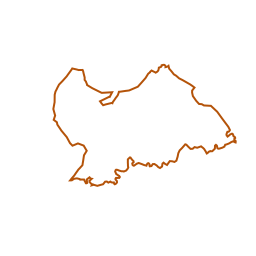 the district of Firestone, Margibi, Liberia, rotated 49°
{"feature_id": "62588387B74380915330894", "entity_name": "Firestone", "entity_type": "district", "adm_level": 2, "iso_a3": "LBR", "parent_name": "Liberia", "parent_adm1": "Margibi", "projection": "mercator", "projection_center": [-10.331, 6.374], "detail": "fine", "context": "isolated", "style": "outline", "palette": "amber", "viewbox_px": 256, "rotation_deg": 49, "n_neighbors": 0, "source": "geoboundaries", "source_scale": "gbopen_adm2", "svg_char_len": 4591}
<svg xmlns="http://www.w3.org/2000/svg" viewBox="0 0 256 256"><g transform="rotate(49 128 128)"><path d="M46.5,131.0L47.0,132.7L48.3,138.4L48.8,140.4L49.6,146.8L49.8,149.3L50.0,151.6L50.8,153.6L51.2,154.7L52.1,156.7L52.9,158.8L54.8,161.5L60.4,166.5L61.5,167.9L64.7,171.9L70.1,174.5L70.8,174.8L72.2,177.2L72.4,177.5L73.1,178.7L77.0,177.9L79.1,179.1L84.1,179.7L86.2,180.0L86.5,180.0L94.7,180.2L101.4,181.7L104.4,181.5L104.9,181.5L105.4,180.1L106.8,175.9L112.2,173.0L118.1,174.1L118.8,176.2L119.7,179.1L123.7,183.8L124.9,185.3L125.7,186.2L125.8,186.3L126.2,186.9L126.3,187.7L126.3,188.0L126.4,188.7L126.7,191.2L126.8,192.7L127.3,194.6L127.7,196.4L128.6,199.8L129.2,204.1L129.5,205.4L129.6,206.0L130.6,204.8L131.0,201.9L132.5,199.6L133.2,199.1L134.9,197.9L135.5,198.0L138.0,195.0L139.4,195.4L140.9,195.7L141.9,196.0L142.1,195.5L142.5,195.5L142.7,195.0L142.7,194.8L142.6,194.6L142.1,194.5L141.6,194.2L140.6,193.5L139.8,192.9L139.9,190.9L140.0,189.4L141.6,189.4L142.5,188.7L142.6,191.9L143.0,192.1L143.5,192.3L144.5,192.4L145.3,192.4L145.9,192.4L146.3,192.3L146.8,192.0L147.1,191.8L147.2,192.1L147.5,192.9L148.4,191.1L151.5,189.1L153.2,185.5L154.1,183.7L153.5,180.5L154.5,179.1L156.3,178.7L156.8,176.7L156.9,176.4L157.9,176.3L158.9,175.6L159.1,175.3L159.8,174.4L160.2,174.6L160.9,175.0L161.8,174.9L162.0,174.3L162.1,173.8L161.9,172.1L160.8,171.2L158.7,171.2L158.0,170.6L157.8,169.8L158.7,168.8L159.6,167.6L159.9,167.3L159.6,166.3L159.1,166.2L158.4,166.1L156.9,166.6L156.4,166.6L155.2,167.1L153.9,166.7L152.5,166.3L151.7,165.0L151.7,164.3L152.6,163.5L153.1,163.2L154.0,162.8L156.4,161.3L157.5,160.0L158.1,159.7L158.9,157.3L158.6,155.3L158.0,153.7L156.9,153.1L156.7,153.0L155.4,151.9L154.1,150.9L151.6,148.7L151.5,147.6L151.5,146.9L151.4,146.0L151.9,145.5L152.8,145.6L153.7,145.7L154.0,145.7L155.0,145.7L155.3,145.7L156.7,145.6L157.5,146.2L157.5,148.0L158.7,148.7L159.0,148.8L159.4,148.7L160.0,148.6L160.4,148.1L160.7,144.7L161.1,144.0L161.1,143.7L161.4,142.9L164.4,141.2L166.6,140.1L167.7,139.3L168.5,138.8L167.9,137.8L167.8,137.3L167.6,136.7L167.8,135.8L168.1,135.7L168.6,135.5L169.8,135.7L170.5,136.5L171.2,136.7L172.1,135.3L171.5,133.0L171.9,132.5L172.5,131.7L175.2,130.9L175.8,130.9L177.4,130.8L179.2,130.1L179.4,127.6L179.0,127.1L178.8,126.9L177.5,125.3L177.5,123.9L179.3,123.6L181.5,122.8L180.6,119.1L180.4,118.2L182.1,116.5L184.1,115.2L184.4,112.9L182.9,110.5L182.3,109.5L180.0,106.5L178.8,103.7L178.6,100.5L177.9,95.5L178.9,94.9L181.6,94.8L184.8,94.5L185.9,93.1L186.1,92.8L186.1,90.3L188.3,88.7L189.8,84.9L190.5,84.8L192.4,84.4L192.9,84.4L193.8,84.3L196.9,84.8L198.9,85.3L199.1,84.5L198.9,82.6L199.1,82.2L199.2,81.9L199.4,81.0L199.9,80.8L200.8,79.6L200.6,76.0L198.4,73.9L198.4,72.7L199.6,72.5L200.0,72.9L200.4,72.9L201.7,73.7L202.3,73.7L203.2,73.1L203.7,72.1L204.8,69.6L205.2,67.7L205.3,67.5L204.9,66.7L204.4,65.6L205.1,64.4L205.1,64.2L205.7,62.6L206.0,61.6L206.3,59.8L206.3,59.6L207.0,57.4L208.5,56.8L208.8,56.7L209.5,56.3L209.0,55.7L208.1,55.2L207.8,55.3L207.1,55.7L206.0,55.0L205.9,54.4L205.9,53.7L205.2,53.3L204.9,53.4L203.5,53.8L202.7,53.3L202.3,53.3L201.2,52.9L200.5,53.2L199.9,55.1L199.9,56.0L199.9,56.8L199.9,57.8L199.8,58.5L198.9,58.4L198.5,58.3L198.3,58.4L197.6,58.0L197.3,57.8L197.2,57.5L196.8,56.9L196.1,55.5L196.7,54.8L196.7,54.6L196.9,53.9L196.4,52.4L192.9,51.5L188.6,51.2L182.0,50.7L174.2,50.0L172.4,50.2L165.6,50.9L164.6,52.0L163.5,53.1L160.8,55.9L158.4,56.7L156.5,58.6L152.2,58.7L148.5,58.3L146.5,58.1L143.7,56.6L143.2,56.3L141.8,55.0L141.1,51.3L138.2,51.9L135.9,52.5L127.6,55.4L123.9,56.9L122.8,57.0L120.0,57.4L117.6,58.2L114.1,58.0L110.2,58.0L107.7,56.7L107.7,57.1L107.1,59.0L106.7,59.7L106.4,59.3L105.3,59.0L105.1,59.0L104.3,59.1L104.1,59.3L103.5,59.9L102.9,61.1L102.7,61.5L102.9,61.8L103.0,61.9L103.4,62.2L103.4,62.6L103.5,62.9L103.5,63.0L103.5,63.3L103.1,64.1L102.7,65.1L103.4,65.9L103.7,66.3L104.4,67.3L104.6,68.2L104.7,68.9L104.5,70.0L104.4,70.8L103.7,71.0L100.9,72.2L100.1,72.5L100.1,73.0L100.1,74.4L100.4,74.8L100.3,76.8L100.3,77.2L101.4,80.7L101.8,82.0L102.6,87.9L103.3,93.5L100.4,102.5L99.5,103.9L98.4,105.5L95.6,109.9L94.7,111.1L95.1,111.7L95.4,112.1L96.5,114.1L96.9,115.6L97.2,117.3L97.8,119.5L98.4,122.2L98.6,122.6L98.7,122.9L99.0,123.4L98.6,123.5L95.5,129.5L94.5,131.8L94.4,131.8L92.1,131.8L89.5,131.6L92.2,121.4L92.5,121.3L90.6,116.5L90.3,116.9L84.3,124.7L83.5,125.1L74.6,128.8L69.0,130.6L68.8,130.7L68.4,130.5L68.4,130.4L68.2,130.3L65.5,129.4L65.4,129.3L63.8,129.2L63.3,129.2L62.9,128.9L61.6,127.7L61.3,127.5L57.5,125.6L55.7,124.6L54.4,124.2L51.9,127.2L49.8,128.6L49.4,128.9L47.5,130.3L46.5,131.0Z" fill="none" stroke="#b45309" stroke-width="2"/></g></svg>